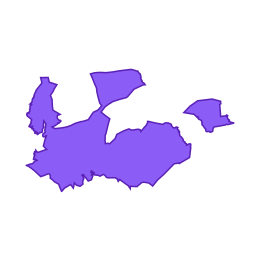 the district of Heroica Ciudad de Huajuapan de León, Oaxaca, Mexico, rotated 83°
{"feature_id": "50627088B27284729610040", "entity_name": "Heroica Ciudad de Huajuapan de León", "entity_type": "district", "adm_level": 2, "iso_a3": "MEX", "parent_name": "Mexico", "parent_adm1": "Oaxaca", "projection": "orthographic", "projection_center": [-97.814, 17.883], "detail": "fine", "context": "isolated", "style": "filled", "palette": "violet", "viewbox_px": 256, "rotation_deg": 83, "n_neighbors": 0, "source": "geoboundaries", "source_scale": "gbopen_adm2", "svg_char_len": 5865}
<svg xmlns="http://www.w3.org/2000/svg" viewBox="0 0 256 256"><g transform="rotate(83 128 128)"><path d="M69.3,150.1L69.1,154.4L69.7,158.7L74.4,157.2L81.1,155.5L84.4,154.4L87.9,154.5L92.1,154.1L99.6,153.1L102.8,151.4L106.5,155.6L108.2,160.6L114.9,166.4L115.9,171.7L115.9,173.2L116.0,174.5L116.9,179.6L117.7,182.2L118.6,184.4L119.0,186.7L119.3,187.5L119.7,191.3L119.8,194.8L119.7,200.4L118.3,202.8L118.0,203.1L117.6,203.2L117.7,202.2L116.9,200.9L116.9,200.2L115.4,197.5L114.3,196.7L114.9,196.0L112.9,193.7L112.2,194.1L111.8,195.4L111.6,195.7L110.1,196.8L109.7,196.9L108.8,197.0L107.6,196.8L106.7,196.4L106.7,195.4L106.2,193.7L101.2,200.3L97.1,200.4L90.3,199.9L86.2,201.0L82.2,197.6L80.5,196.7L76.3,193.3L72.9,200.6L68.1,201.1L67.3,208.6L72.2,208.0L73.1,208.2L78.9,214.2L84.0,217.3L84.6,217.1L85.2,217.7L86.3,217.7L86.3,218.0L86.5,218.2L86.4,218.3L86.8,218.8L87.3,219.0L87.9,219.5L88.3,219.5L90.8,220.3L90.8,220.6L90.9,220.8L91.2,221.0L92.1,222.1L92.1,221.5L92.8,220.7L93.6,221.2L93.5,221.9L93.8,222.4L95.4,222.8L96.1,222.5L96.9,222.7L97.3,223.4L99.2,223.3L100.0,223.9L100.1,224.5L100.4,224.6L101.1,224.5L100.7,226.0L101.2,226.5L101.7,226.4L102.1,226.9L102.3,226.9L103.7,226.6L107.8,222.7L108.4,222.9L109.0,222.8L109.3,223.2L109.9,223.5L110.6,223.4L110.9,223.7L111.5,223.6L111.9,224.3L112.5,224.7L113.2,224.4L113.5,224.5L113.3,225.3L113.9,225.5L114.2,226.0L114.5,226.1L115.6,224.3L114.8,222.6L115.0,222.6L116.1,223.6L116.9,223.5L117.2,223.4L117.2,222.5L117.0,222.1L117.1,221.9L117.3,221.8L118.0,222.2L119.1,222.1L119.5,221.1L119.8,220.8L121.7,221.1L122.0,221.0L122.1,220.7L121.9,220.4L120.3,220.2L120.1,220.1L120.2,219.8L120.8,219.4L121.3,218.6L122.8,219.1L123.4,218.8L123.4,218.4L123.3,218.2L122.7,217.6L122.0,216.0L122.0,215.3L121.8,215.0L121.6,213.8L121.4,213.4L118.9,213.1L117.9,212.5L117.3,211.7L116.8,211.5L115.9,211.8L110.8,210.7L113.7,209.1L114.3,209.0L116.0,209.7L117.3,209.8L119.9,210.9L121.0,210.9L121.5,210.6L122.1,210.7L122.5,211.1L122.8,211.6L123.2,212.8L123.9,213.3L124.8,213.5L125.9,213.5L126.4,213.0L126.6,212.5L126.6,211.9L126.4,211.3L125.2,209.6L129.2,211.7L135.6,214.2L139.3,211.4L141.3,220.6L139.1,222.1L140.5,222.1L140.7,222.6L140.2,222.8L139.9,223.2L140.0,223.5L140.8,224.0L142.1,224.0L142.4,223.7L142.6,223.8L142.4,224.5L142.8,224.5L143.1,224.3L143.5,223.8L143.6,224.3L144.6,224.3L144.8,224.7L145.5,224.6L145.8,225.0L146.4,225.1L147.4,225.7L147.9,225.4L148.0,224.4L147.8,223.9L148.0,223.4L148.3,223.2L148.3,222.9L149.1,222.3L149.2,223.4L150.2,225.4L151.6,226.8L151.8,227.4L151.9,229.5L152.6,232.3L152.6,234.0L153.8,231.5L156.0,229.1L158.9,226.2L165.7,220.5L165.3,219.6L165.2,218.1L163.8,213.2L163.9,211.8L165.8,210.9L168.3,211.3L170.6,208.9L172.3,207.7L175.3,203.7L179.7,202.6L182.7,201.7L182.5,201.1L179.9,198.3L177.1,191.9L181.0,189.6L176.0,187.9L178.5,186.1L180.0,182.7L179.5,181.8L178.1,179.5L176.9,179.6L174.4,179.1L174.1,178.6L173.5,178.6L172.7,177.9L172.1,178.0L170.2,178.9L169.4,179.4L169.0,179.3L168.8,178.8L168.7,178.4L169.0,177.9L175.8,173.9L174.9,170.6L171.5,168.9L170.3,170.0L169.8,169.9L168.4,169.0L168.1,169.1L167.8,169.8L167.3,170.3L166.8,170.3L166.2,169.6L166.2,169.2L167.1,168.7L167.7,167.9L168.1,167.1L168.6,166.9L169.0,167.3L169.1,168.2L169.4,168.8L169.9,168.5L170.4,167.4L171.3,163.4L172.4,161.7L171.1,158.2L172.0,156.9L174.5,155.3L175.1,153.4L175.8,146.8L177.8,144.4L177.9,144.7L179.8,144.2L178.2,142.5L185.4,134.7L188.5,133.2L186.2,132.7L187.3,126.1L186.8,125.6L183.7,120.7L183.7,118.9L185.1,114.2L187.9,111.2L188.6,110.6L183.3,105.1L178.3,98.0L169.1,86.5L169.0,81.2L169.4,81.2L164.8,70.5L155.1,68.1L154.4,68.4L153.7,68.0L153.0,68.0L152.4,67.7L151.5,67.8L151.3,68.2L151.2,69.4L152.3,71.8L152.2,72.0L151.7,71.7L151.1,71.8L150.8,71.9L150.6,72.0L150.4,72.9L150.1,73.2L148.9,73.1L147.7,74.7L146.9,74.5L145.6,74.8L143.3,76.2L141.9,77.6L140.6,77.5L139.9,77.7L139.0,77.4L138.5,77.9L137.9,77.5L137.8,78.2L136.7,78.1L136.4,77.9L135.8,78.9L135.3,78.7L134.9,79.1L134.5,79.2L134.1,79.2L133.5,78.5L133.0,79.5L132.9,80.2L133.1,80.6L133.4,80.7L133.6,81.4L133.5,81.8L133.3,82.3L133.4,82.8L132.1,83.9L131.0,84.4L130.5,84.6L129.8,84.5L129.0,85.3L128.4,86.6L127.8,87.5L127.5,89.8L127.6,90.8L127.9,91.7L128.7,92.8L126.3,100.4L123.8,107.2L123.8,107.8L124.9,107.8L127.8,109.8L129.3,111.7L133.1,115.7L131.2,116.1L130.6,117.5L130.4,119.1L130.6,123.6L130.2,125.5L129.0,127.1L130.2,132.3L133.0,139.9L137.0,142.1L141.4,148.1L140.8,149.5L140.7,152.4L139.5,152.3L137.8,152.3L135.2,151.9L132.7,151.6L131.2,150.7L122.4,147.4L118.7,145.9L116.7,144.9L112.6,149.3L108.9,152.8L104.1,148.1L101.7,143.7L101.2,142.4L100.0,140.1L98.7,133.6L97.6,125.8L96.7,124.4L90.2,117.3L87.1,107.9L87.2,105.8L86.9,106.0L86.0,106.1L84.9,107.3L84.9,107.8L84.4,107.9L83.8,108.5L83.1,108.2L82.9,108.4L82.6,108.7L81.5,108.8L81.0,109.3L80.5,109.3L80.1,109.3L79.7,108.9L79.0,109.2L77.9,108.9L77.2,109.1L76.6,109.4L76.2,109.4L76.1,109.2L75.8,109.3L75.6,109.7L75.1,110.0L75.0,110.3L73.6,110.9L73.3,111.3L72.6,111.4L72.6,112.5L72.0,113.3L70.2,117.7L70.2,130.4L70.5,136.3L70.4,143.1L69.5,148.3L69.3,150.1ZM113.0,32.2L109.5,41.0L109.5,55.6L113.8,63.7L119.5,70.7L122.5,60.7L125.6,58.3L125.2,57.6L125.4,57.3L126.0,56.9L126.4,56.8L126.7,56.9L126.9,57.3L128.0,56.6L128.6,55.4L128.8,55.2L129.0,54.9L129.2,54.7L129.5,54.2L129.9,54.1L130.3,54.2L130.6,53.9L131.1,54.0L131.5,53.8L132.0,54.1L133.0,54.1L133.5,54.0L133.9,54.1L134.6,53.4L137.5,51.9L138.4,51.2L139.4,51.0L140.0,51.1L140.4,51.1L141.1,50.5L141.3,49.0L141.2,48.3L141.4,47.8L142.2,47.0L142.2,46.0L141.7,44.6L141.1,44.1L139.7,44.0L137.5,42.7L136.9,31.2L136.7,30.6L136.4,30.1L136.7,29.0L136.7,27.8L136.0,22.0L134.8,25.1L133.6,27.2L133.0,26.9L132.6,26.4L131.7,27.2L131.7,27.5L131.2,27.8L130.5,27.8L130.1,28.1L128.8,28.1L128.4,27.8L128.3,28.5L128.0,28.4L127.6,27.9L127.1,28.5L127.9,29.7L127.8,31.7L127.9,34.6L115.8,34.1L115.2,32.8L114.0,33.1L113.3,33.1L113.0,32.9L113.0,32.2Z" fill="#8b5cf6" stroke="#5b21b6" stroke-width="1.5"/></g></svg>